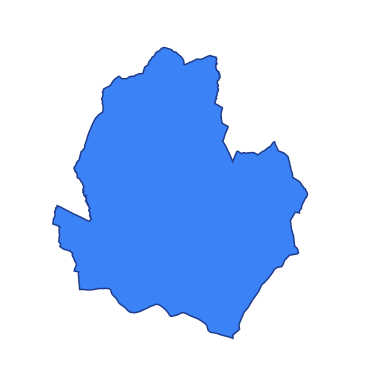 Apata, Brasov, Romania, rotated 111°
{"feature_id": "2599482B72383256366849", "entity_name": "Apata", "entity_type": "district", "adm_level": 2, "iso_a3": "ROU", "parent_name": "Romania", "parent_adm1": "Brasov", "projection": "equal_earth", "projection_center": [25.479, 45.953], "detail": "fine", "context": "isolated", "style": "filled", "palette": "blue", "viewbox_px": 384, "rotation_deg": 111, "n_neighbors": 0, "source": "geoboundaries", "source_scale": "gbopen_adm2", "svg_char_len": 5951}
<svg xmlns="http://www.w3.org/2000/svg" viewBox="0 0 384 384"><g transform="rotate(111 192 192)"><path d="M323.3,261.9L321.8,258.2L321.3,256.0L320.6,253.7L319.1,250.3L315.2,243.7L314.0,240.3L312.7,237.5L312.0,235.3L311.9,234.7L312.4,233.0L312.9,232.4L314.5,231.5L315.1,231.1L315.8,230.2L316.9,228.4L318.2,225.1L320.3,222.1L321.5,220.8L322.2,219.4L322.7,217.7L323.8,213.3L324.5,211.6L325.4,210.1L326.0,208.6L326.4,206.9L325.6,203.4L325.0,201.7L322.2,197.8L315.9,191.7L313.1,189.2L311.6,187.3L310.3,186.1L309.5,184.7L309.1,183.6L309.3,181.6L310.2,177.4L311.5,174.6L311.9,173.5L313.1,171.4L314.8,169.1L315.4,168.1L315.6,167.1L315.3,166.2L312.2,161.9L308.7,158.5L307.9,157.4L307.6,155.3L307.6,153.5L308.1,149.7L308.3,141.1L308.9,137.3L309.4,135.8L310.0,133.2L310.4,131.9L311.0,130.8L311.9,129.9L315.3,127.4L316.0,125.8L316.2,124.2L316.0,122.5L315.5,121.1L315.1,118.6L315.0,114.1L314.1,105.9L313.9,101.3L311.0,102.5L309.6,101.9L303.1,98.4L299.0,100.7L285.8,100.3L280.1,98.3L271.1,96.8L261.3,94.2L253.5,93.6L250.2,91.8L245.3,89.9L238.0,87.8L234.8,87.4L231.7,85.3L229.7,81.7L227.9,81.1L222.8,81.1L216.0,78.3L212.2,71.7L210.7,70.7L207.7,72.8L206.5,74.5L205.8,76.7L196.7,81.5L190.5,86.2L183.4,89.9L173.9,88.4L173.4,86.2L173.1,84.2L172.6,84.6L170.9,84.9L168.2,84.0L166.4,84.5L164.8,84.7L161.7,84.3L158.0,84.0L155.6,83.2L152.9,83.3L152.0,83.7L148.3,87.7L148.1,88.9L143.9,95.1L142.7,100.7L142.4,103.1L141.4,103.7L139.2,104.7L137.6,105.9L134.9,108.2L133.0,109.1L131.0,110.8L129.8,111.3L128.6,112.1L127.2,113.4L125.5,114.3L124.6,115.2L123.2,118.4L122.7,120.0L122.6,123.0L122.7,126.2L121.2,127.5L118.9,130.1L117.1,131.7L115.5,133.0L116.8,134.1L121.0,135.0L121.8,135.4L122.1,136.0L126.3,138.6L127.2,139.0L128.1,139.7L128.7,140.6L133.8,143.9L133.6,144.6L133.2,147.3L133.1,148.4L133.6,150.1L134.7,151.9L135.2,152.9L135.2,153.4L136.2,155.0L136.8,158.0L137.4,158.7L138.1,159.1L138.4,159.6L137.8,162.7L137.5,163.2L137.5,163.8L137.9,164.4L138.6,164.7L149.0,165.0L144.2,169.5L137.0,177.1L133.2,182.0L132.5,181.3L125.5,181.9L124.5,181.7L122.2,181.7L120.7,181.5L119.1,181.6L117.9,181.8L117.4,186.1L116.9,188.5L115.9,189.3L112.8,191.0L111.0,191.8L109.0,192.9L106.9,193.1L106.0,193.4L103.6,193.5L102.4,193.8L101.1,202.5L99.2,202.6L99.0,202.9L98.1,202.7L97.5,202.9L96.7,202.7L96.4,202.8L95.8,202.5L95.3,203.6L92.5,203.3L90.5,204.1L89.7,204.1L88.6,203.7L88.2,203.7L87.7,204.0L86.6,204.2L86.3,204.4L85.9,205.0L85.4,205.2L85.0,205.7L84.5,205.7L84.0,205.4L83.3,205.4L82.7,206.0L82.2,206.4L82.0,206.8L81.6,206.9L81.3,207.4L80.9,207.4L79.9,208.1L79.3,208.1L77.9,207.2L77.1,207.4L76.3,207.0L74.7,207.0L74.2,207.3L74.1,207.5L73.9,207.3L73.1,207.8L73.0,208.1L72.6,208.3L72.8,208.6L72.8,208.8L72.7,208.9L72.4,208.7L72.3,209.1L72.2,209.1L71.7,208.8L71.5,209.0L71.3,209.1L71.1,209.6L70.8,209.7L70.8,210.0L70.1,210.2L70.2,210.5L70.4,210.8L70.0,211.3L70.0,211.8L69.3,212.3L69.2,212.7L68.8,213.0L68.5,213.5L67.9,213.8L67.4,214.3L66.5,214.5L65.2,215.3L64.6,215.3L64.3,215.1L64.2,214.8L63.9,214.6L63.7,214.7L63.8,215.5L63.6,215.5L63.2,215.2L62.8,214.8L62.5,215.2L62.4,215.6L61.7,216.1L60.6,216.5L59.6,216.3L58.8,216.7L57.6,217.8L57.9,218.2L57.6,218.9L57.9,219.3L57.8,220.3L57.8,221.0L58.4,222.3L58.4,222.5L57.9,223.2L57.9,223.5L58.3,223.9L58.5,224.5L60.5,226.8L62.3,228.3L63.7,229.8L64.6,230.5L64.8,230.9L65.1,232.1L65.5,232.6L65.5,233.0L65.8,233.4L65.8,234.3L66.7,235.8L68.5,237.1L69.4,238.2L70.5,238.8L70.7,239.2L71.9,240.8L73.6,242.0L74.5,243.2L74.9,243.4L75.4,243.9L75.5,244.3L75.4,244.9L75.6,245.3L73.4,246.3L72.2,247.0L70.5,249.0L69.8,250.3L68.8,252.8L68.6,254.0L67.3,256.8L67.2,257.6L67.6,258.6L67.6,259.6L66.7,261.4L66.5,261.9L66.6,265.0L66.9,268.9L67.2,270.1L68.7,271.8L72.7,273.6L73.2,274.5L74.6,275.5L76.4,275.9L78.2,275.7L79.4,276.8L81.2,277.8L82.1,277.5L84.8,278.7L89.5,278.8L92.3,280.9L94.2,280.8L96.4,280.5L97.5,280.6L98.9,280.2L100.8,284.2L102.3,285.4L103.4,286.9L104.9,287.4L105.1,288.8L106.7,291.7L108.3,292.6L109.9,294.0L111.4,298.3L111.4,298.5L110.2,300.8L110.2,301.8L114.3,304.5L116.0,305.2L117.6,305.7L121.1,306.2L123.0,307.3L127.3,311.3L131.2,311.3L131.5,310.7L132.5,310.1L135.5,309.6L137.7,309.7L138.4,308.5L141.6,307.4L142.9,306.2L146.2,304.7L149.3,304.0L153.0,306.6L158.0,308.6L163.8,309.2L172.1,309.5L177.6,309.4L179.6,309.2L180.7,309.0L186.7,308.9L189.1,308.2L189.9,308.2L191.3,308.8L192.2,308.8L193.5,309.5L194.0,309.9L194.4,310.0L194.9,309.8L196.1,309.8L198.7,309.3L199.6,309.4L200.6,309.1L202.4,308.9L203.2,309.2L203.6,309.5L204.9,310.0L206.2,310.2L208.9,310.1L209.7,310.5L211.3,310.8L211.7,310.6L211.9,310.1L212.7,310.3L213.9,309.0L214.3,308.8L214.7,308.0L215.2,307.5L215.2,306.9L215.9,306.5L216.4,305.8L217.6,305.1L218.1,305.1L218.6,304.9L219.8,304.0L219.7,302.7L220.6,300.9L221.6,299.8L222.7,298.3L223.0,297.5L224.7,296.2L226.2,294.5L227.9,294.9L229.0,294.7L230.0,294.3L230.1,293.1L231.4,293.8L231.8,292.7L233.3,292.2L234.0,291.5L233.8,290.6L233.1,290.1L233.3,289.2L234.9,289.9L235.5,288.8L235.5,288.3L235.7,288.1L236.8,288.3L237.6,287.6L238.5,288.1L238.6,287.7L238.6,286.9L238.8,286.8L239.1,287.1L239.4,287.0L239.7,286.0L240.4,285.9L240.6,284.6L241.4,284.7L241.3,284.2L242.3,283.6L243.3,282.2L243.8,281.3L244.4,281.9L246.5,281.7L247.4,280.2L249.4,279.3L251.0,279.0L250.9,278.1L252.4,277.7L252.9,276.5L253.6,276.3L256.3,277.7L255.3,287.7L255.0,291.4L255.0,293.6L253.2,309.4L253.0,312.9L253.4,312.7L253.9,312.7L254.1,312.9L254.6,312.8L255.3,313.2L255.2,312.9L256.5,313.1L258.7,312.9L258.9,313.3L259.7,313.2L262.3,311.6L263.6,311.4L265.1,311.4L266.6,311.7L268.4,311.3L271.7,310.4L271.5,304.0L272.2,304.0L272.2,302.9L274.4,302.7L275.9,302.1L278.2,301.2L279.5,300.1L281.3,300.0L286.1,298.5L286.6,297.9L286.8,297.2L287.3,296.4L287.7,296.1L288.3,295.8L290.1,295.9L290.9,293.6L291.4,291.0L291.0,288.2L290.9,284.5L291.7,282.9L291.9,281.7L293.9,281.1L294.7,280.6L296.3,278.6L296.8,277.8L297.9,277.4L298.6,276.6L299.4,275.2L301.1,273.9L302.4,273.7L306.1,274.0L308.0,273.6L307.2,269.1L309.3,268.7L323.3,261.9Z" fill="#3b82f6" stroke="#1e3a8a" stroke-width="1.5"/></g></svg>